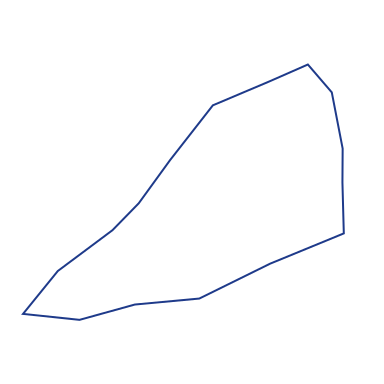 outline of Andorra la Vella, rotated 186°
{"feature_id": "AND-4876", "entity_name": "Andorra la Vella", "entity_type": "state/province", "adm_level": 1, "iso_a3": "AND", "parent_name": "Andorra", "parent_adm1": "", "projection": "natural_earth1", "projection_center": [1.52, 42.514], "detail": "fine", "context": "isolated", "style": "outline", "palette": "blue", "viewbox_px": 384, "rotation_deg": 186, "n_neighbors": 0, "source": "natural_earth", "source_scale": "10m", "svg_char_len": 359}
<svg xmlns="http://www.w3.org/2000/svg" viewBox="0 0 384 384"><g transform="rotate(186 192 192)"><path d="M347.3,53.1L317.2,99.4L267.1,145.7L243.8,175.2L217.1,221.5L180.3,280.4L126.9,309.9L90.1,330.9L63.4,305.7L46.7,250.9L43.4,217.3L36.7,166.7L106.8,128.9L173.6,86.8L237.1,74.1L290.5,53.1L347.3,53.1Z" fill="none" stroke="#1e3a8a" stroke-width="2"/></g></svg>